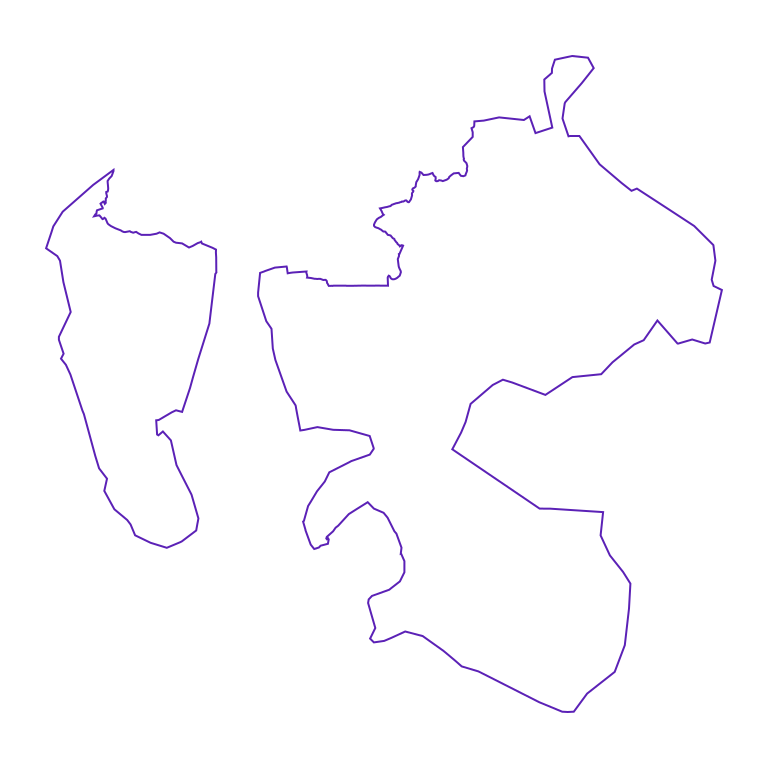 outline of Sabir Al Mawadim, Ta`izz, Yemen
{"feature_id": "15242507B26080958654520", "entity_name": "Sabir Al Mawadim", "entity_type": "district", "adm_level": 2, "iso_a3": "YEM", "parent_name": "Yemen", "parent_adm1": "Ta`izz", "projection": "natural_earth1", "projection_center": [44.03, 13.53], "detail": "fine", "context": "isolated", "style": "outline", "palette": "violet", "viewbox_px": 768, "rotation_deg": 0, "n_neighbors": 0, "source": "geoboundaries", "source_scale": "gbopen_adm2", "svg_char_len": 6080}
<svg xmlns="http://www.w3.org/2000/svg" viewBox="0 0 768 768"><path d="M636.9,188.6L631.5,190.8L621.6,183.0L599.6,164.3L579.4,136.0L570.0,136.0L568.5,136.3L562.5,118.5L564.7,103.5L565.2,102.3L566.8,100.4L581.8,83.1L593.7,68.1L588.0,57.7L572.1,56.0L554.9,59.7L552.0,68.6L551.9,72.9L544.3,79.5L544.5,91.4L552.3,127.6L535.5,133.1L529.6,116.3L523.9,120.0L499.1,117.4L483.8,120.6L474.4,121.4L474.3,124.2L474.2,126.0L473.5,127.2L472.8,127.5L471.5,128.2L472.7,132.2L472.7,136.9L462.9,147.1L463.3,152.6L463.4,156.2L463.7,157.9L464.0,158.8L463.7,159.5L464.0,160.6L464.2,160.8L465.3,161.9L466.5,163.2L467.3,166.0L467.2,167.0L466.8,168.8L467.0,169.7L467.1,170.4L466.7,171.8L465.9,173.7L465.4,175.4L463.4,176.2L460.9,175.8L459.6,174.2L458.7,172.9L453.7,173.4L451.1,175.3L449.2,177.0L448.7,178.3L446.7,179.7L442.8,181.1L441.2,180.5L439.1,180.2L437.8,181.1L436.3,181.2L435.5,180.7L435.3,180.4L435.7,178.5L435.6,177.0L434.2,176.0L433.4,174.9L432.5,173.0L431.3,173.4L429.6,174.1L428.5,174.5L426.8,174.8L423.5,175.0L421.4,172.6L419.7,171.9L419.6,172.3L419.6,174.9L419.0,176.7L418.1,179.2L417.2,180.7L416.3,182.1L415.8,185.0L415.7,186.5L415.0,187.2L414.3,187.8L413.2,188.2L412.6,188.8L412.3,189.7L413.4,191.0L413.0,192.0L412.5,192.4L412.0,193.3L411.9,194.1L412.1,195.1L411.9,196.0L410.9,199.4L409.0,202.1L408.3,202.2L407.5,201.8L406.7,200.8L406.2,200.4L405.7,200.4L404.9,200.6L404.2,201.1L403.4,201.5L402.9,201.5L402.3,201.5L401.9,201.5L401.6,201.9L399.9,202.3L399.1,202.7L398.4,202.8L397.3,203.1L396.3,203.2L393.4,204.2L392.5,204.6L391.7,204.8L390.9,205.7L390.5,206.1L389.7,206.2L386.9,207.0L385.1,207.3L381.6,208.1L380.0,208.4L381.5,210.9L382.9,214.1L383.7,214.8L382.5,215.6L380.9,216.9L378.8,217.9L376.8,219.4L375.0,222.3L374.0,224.6L374.0,225.8L374.6,226.5L375.2,227.1L376.5,227.6L378.4,228.2L380.1,229.2L381.3,229.8L382.0,230.5L383.3,231.5L384.2,231.5L385.4,231.7L386.2,232.9L386.9,233.6L387.7,234.8L389.9,235.3L390.6,235.5L392.8,238.2L393.8,238.6L394.4,239.1L394.5,239.8L395.4,241.0L396.3,242.2L397.1,242.9L397.7,244.2L398.5,244.7L399.6,245.8L399.9,246.4L400.6,246.0L401.1,245.3L401.3,245.2L402.2,245.3L402.9,245.5L403.1,245.6L399.4,254.1L398.9,254.1L399.0,256.0L397.8,259.1L398.1,261.6L398.6,265.6L398.7,266.3L399.0,267.4L399.7,269.0L400.1,269.9L400.5,270.5L400.9,272.1L400.2,274.3L399.7,275.7L398.0,277.1L397.3,277.8L396.3,278.3L395.8,278.7L394.3,279.2L393.3,279.3L392.2,279.2L390.8,278.3L390.4,277.4L389.9,276.6L389.4,275.9L388.7,275.7L388.5,276.2L388.0,276.7L387.7,277.7L388.0,285.7L375.9,285.6L373.3,285.7L362.8,285.6L352.0,285.8L351.3,285.8L346.5,285.8L346.1,285.7L333.4,285.7L332.6,285.9L332.4,285.8L328.8,285.9L328.2,284.9L327.7,283.8L327.4,283.4L327.2,283.2L327.1,282.9L327.0,282.4L326.8,281.1L326.6,280.8L325.7,279.9L324.4,279.9L323.3,280.0L320.4,278.9L318.0,278.9L317.2,279.0L315.8,278.8L314.7,278.8L310.9,278.0L307.1,277.6L307.3,277.1L307.1,275.1L306.3,272.6L306.5,271.5L292.8,272.5L290.5,272.8L287.7,273.3L287.2,269.9L286.9,267.6L286.6,266.5L274.9,267.6L264.9,271.1L264.6,271.3L260.1,272.9L258.1,292.6L258.1,296.2L266.3,321.2L271.5,328.8L272.8,348.5L275.4,360.0L286.6,391.6L295.6,405.4L296.0,407.5L296.0,407.8L297.6,416.4L299.6,426.7L300.3,430.5L304.3,429.9L317.4,427.1L333.2,429.8L349.5,430.3L369.7,436.0L373.7,448.2L373.7,448.8L369.8,454.6L351.3,461.1L348.7,462.5L329.3,472.3L324.8,481.5L317.0,491.3L310.6,502.0L308.1,506.0L303.9,520.9L303.1,521.6L305.5,529.9L305.5,530.3L310.7,544.6L314.2,549.0L318.9,547.5L320.6,545.7L327.9,543.8L328.7,539.4L327.9,538.1L326.9,539.2L326.3,538.5L326.8,536.9L333.1,531.3L335.6,527.7L338.2,525.7L348.8,514.1L356.5,509.2L367.7,502.2L373.9,508.6L383.6,512.8L387.6,517.7L394.4,531.3L396.4,533.6L401.5,547.7L400.8,553.5L401.0,553.4L404.4,561.1L404.4,572.3L399.9,581.4L391.0,588.3L389.3,589.7L372.0,595.9L368.7,599.4L368.1,603.0L371.2,613.8L375.3,628.0L370.1,638.6L373.9,642.4L384.2,640.9L391.3,637.9L405.2,631.5L422.4,636.0L422.6,636.0L443.5,650.9L455.1,660.6L461.7,666.4L478.4,671.4L504.1,684.4L539.2,702.2L562.2,711.7L567.7,712.0L573.8,711.7L587.1,693.6L614.7,671.9L624.8,645.2L629.0,608.6L630.4,583.6L623.1,572.0L609.9,555.4L600.6,535.4L603.1,512.1L550.6,508.7L539.6,508.6L529.0,501.4L452.3,449.3L461.1,432.6L465.6,422.0L470.6,403.9L492.7,385.0L502.9,379.7L512.2,382.5L545.4,394.9L572.4,377.1L601.2,374.2L612.5,362.3L634.2,344.5L643.7,340.2L657.4,320.5L677.5,343.5L678.1,343.6L692.2,339.5L705.2,343.5L709.7,342.5L721.9,290.0L713.6,286.0L711.7,279.7L715.4,260.7L713.4,245.2L713.2,244.9L694.2,226.0L669.6,209.9L636.9,188.6ZM180.2,542.2L181.8,541.4L196.2,530.5L197.5,523.2L197.7,522.3L198.4,518.4L191.6,494.9L191.2,494.0L181.6,475.2L176.5,465.1L170.9,440.4L162.9,431.5L158.4,435.3L157.1,434.5L156.2,420.3L158.7,420.0L171.8,412.3L176.0,410.3L182.1,411.9L190.0,388.1L192.9,377.6L198.2,359.2L209.4,323.5L209.5,322.5L212.4,298.2L215.3,274.0L216.4,272.4L216.3,271.5L216.2,257.4L215.9,252.5L216.0,249.6L212.5,247.8L203.7,244.2L202.0,243.5L201.2,241.7L200.7,242.1L197.7,243.1L192.6,246.0L189.0,247.5L182.1,243.4L179.6,243.1L176.0,242.7L173.6,241.7L170.0,238.1L163.6,233.7L159.6,232.4L156.6,233.7L150.0,234.9L141.5,234.9L138.4,233.4L136.2,231.9L135.2,232.1L133.2,232.7L130.6,231.8L129.8,231.2L125.1,232.1L123.9,232.0L122.3,231.4L120.8,230.4L115.4,228.3L111.0,226.1L108.3,224.2L107.5,223.2L106.0,219.7L105.5,218.6L104.4,217.8L103.4,218.8L102.5,219.1L100.4,216.5L99.4,215.4L97.0,215.6L95.9,215.9L94.1,216.3L95.3,214.4L96.4,213.5L96.7,211.3L97.0,210.3L102.7,208.4L102.7,207.7L100.5,203.7L101.0,203.2L102.2,202.4L103.0,201.7L103.7,201.5L104.8,203.9L105.8,202.8L105.6,201.5L105.8,200.6L105.8,198.4L106.9,197.1L107.0,196.2L106.2,193.0L106.3,191.9L107.6,191.6L108.0,190.6L108.2,188.4L107.9,184.7L107.7,182.9L107.6,181.0L109.2,178.6L111.6,176.1L112.5,173.8L113.5,171.0L113.5,169.9L93.2,184.9L62.7,211.7L53.3,226.4L51.4,232.4L46.1,248.3L57.3,256.1L60.0,260.7L63.4,282.1L70.7,312.0L58.9,336.8L58.9,339.8L63.6,353.7L61.0,358.7L65.9,364.8L70.4,374.5L82.4,410.5L83.9,414.1L95.3,456.0L99.1,468.4L107.0,478.7L104.3,490.9L113.6,507.9L114.4,509.3L127.2,520.0L130.6,524.5L135.1,535.3L150.6,542.8L166.8,547.8L180.2,542.2Z" fill="none" stroke="#5b21b6" stroke-width="2"/></svg>